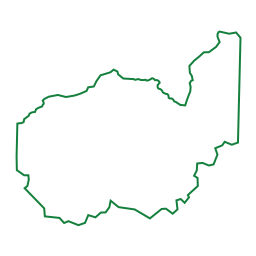 the district of Chaffee, Colorado, United States of America, rotated 91°
{"feature_id": "52423323B55010053524347", "entity_name": "Chaffee", "entity_type": "district", "adm_level": 2, "iso_a3": "USA", "parent_name": "United States of America", "parent_adm1": "Colorado", "projection": "albers", "projection_center": [-106.275, 38.74], "detail": "fine", "context": "isolated", "style": "outline", "palette": "green", "viewbox_px": 256, "rotation_deg": 91, "n_neighbors": 0, "source": "geoboundaries", "source_scale": "gbopen_adm2", "svg_char_len": 1755}
<svg xmlns="http://www.w3.org/2000/svg" viewBox="0 0 256 256"><g transform="rotate(91 128 128)"><path d="M35.8,17.1L30.6,21.6L32.0,28.5L30.0,37.9L30.5,39.1L32.6,40.1L35.1,40.1L40.5,37.9L45.4,41.4L50.8,48.5L51.0,53.5L55.2,57.9L59.5,63.0L64.9,67.7L71.8,67.1L74.8,65.1L79.1,64.1L79.6,65.5L81.9,67.1L85.8,66.1L90.3,66.4L94.5,68.0L99.1,69.6L104.4,71.2L104.0,76.1L101.1,80.7L100.7,82.1L98.7,83.4L97.7,84.9L97.7,86.8L97.2,87.8L95.1,88.1L94.1,88.5L93.3,89.5L93.3,90.6L92.6,92.1L91.8,93.8L90.5,94.4L89.4,95.1L88.5,96.5L88.3,97.6L87.6,98.7L86.5,99.1L84.6,99.1L82.7,97.6L82.2,97.1L81.1,97.6L80.3,98.4L79.6,99.8L79.7,101.9L78.4,103.0L77.8,104.8L78.7,106.0L79.2,107.0L79.8,108.0L80.3,109.9L79.5,111.2L79.8,113.9L79.8,115.4L79.5,117.0L78.9,118.2L79.2,119.8L79.7,121.9L79.0,123.1L78.9,126.3L78.6,133.6L74.5,138.8L71.7,139.6L69.9,143.4L72.6,146.5L75.8,156.4L81.6,160.3L87.1,162.9L88.0,168.5L91.7,170.1L94.7,176.7L96.5,182.1L98.1,190.5L96.2,198.7L98.1,207.8L100.5,212.2L101.3,213.1L102.2,213.7L103.3,213.0L105.2,212.7L106.3,213.6L108.0,214.3L109.0,217.1L110.7,220.1L113.6,221.3L114.0,224.2L115.4,226.7L117.6,227.6L121.0,232.0L123.8,232.4L125.0,234.6L125.1,236.6L125.5,238.7L158.7,238.9L172.1,238.4L177.1,231.0L177.0,226.8L181.3,226.3L187.8,227.6L190.0,230.3L209.8,210.4L217.8,209.6L219.1,194.9L224.1,190.2L222.2,186.0L226.0,175.9L223.6,169.3L215.8,166.2L217.9,159.0L213.0,153.6L212.8,148.9L207.6,145.3L201.0,144.1L207.3,136.0L209.3,119.9L218.0,104.5L208.4,93.0L208.0,88.7L212.9,81.8L208.5,77.1L199.5,78.3L198.1,74.0L201.8,70.1L196.3,65.8L194.0,67.0L184.8,57.2L176.7,57.6L174.6,61.1L169.3,58.5L162.3,58.2L161.6,52.9L164.1,46.4L162.9,41.8L153.0,38.1L146.7,40.4L143.7,33.5L140.1,31.1L142.9,23.9L140.6,17.8L35.8,17.1Z" fill="none" stroke="#15803d" stroke-width="2"/></g></svg>